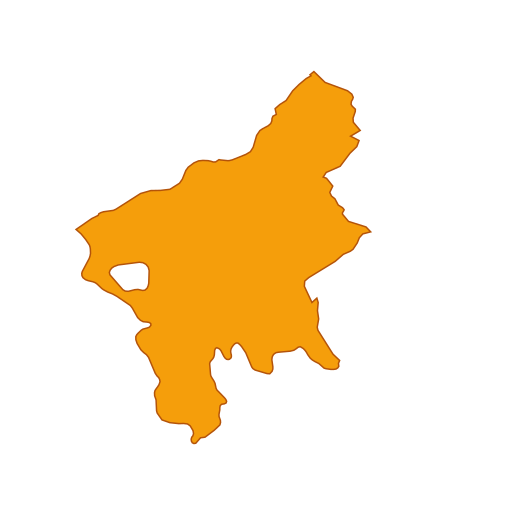 map outline of Drôme (Robinson projection), rotated 49°
{"feature_id": "FRA-5288", "entity_name": "Drôme", "entity_type": "Metropolitan department", "adm_level": 1, "iso_a3": "FRA", "parent_name": "France", "parent_adm1": "", "projection": "robinson", "projection_center": [5.26, 44.733], "detail": "fine", "context": "isolated", "style": "filled", "palette": "amber", "viewbox_px": 512, "rotation_deg": 49, "n_neighbors": 0, "source": "natural_earth", "source_scale": "10m", "svg_char_len": 3622}
<svg xmlns="http://www.w3.org/2000/svg" viewBox="0 0 512 512"><g transform="rotate(49 256 256)"><path d="M196.7,77.5L200.0,78.5L201.1,80.2L201.8,82.4L203.8,84.7L206.0,85.1L210.4,84.7L212.1,86.3L215.6,92.3L218.9,94.8L229.6,95.0L227.6,106.0L236.5,102.5L239.6,108.2L240.1,117.7L243.5,133.6L239.0,148.2L240.5,153.5L243.6,151.8L253.6,152.2L256.4,158.6L260.3,159.7L264.6,158.9L271.5,160.5L276.4,159.0L278.8,159.1L279.3,159.8L280.1,162.4L281.2,163.3L290.6,163.5L306.3,153.9L313.0,153.6L309.4,160.9L310.0,166.0L312.6,171.1L314.6,178.4L314.3,181.6L312.0,189.0L312.0,199.8L306.9,230.3L306.9,235.7L310.6,239.4L327.8,244.3L327.7,237.7L331.9,239.6L337.6,245.5L344.6,250.0L349.9,256.5L352.7,258.0L380.6,262.3L389.7,261.4L391.1,264.2L393.6,265.9L394.1,267.8L393.8,269.8L392.5,271.8L390.8,273.8L387.0,277.1L385.3,278.2L378.4,279.1L374.3,280.8L371.4,281.7L368.8,282.1L364.5,281.7L361.7,281.1L359.5,280.9L356.9,281.0L353.5,282.1L352.5,284.0L352.4,286.2L352.0,289.2L350.3,292.6L343.4,302.1L342.1,304.3L341.9,305.6L341.8,307.2L342.3,308.9L343.0,310.2L344.7,312.1L350.6,315.9L352.4,317.5L353.6,319.6L353.9,322.9L352.0,324.8L341.5,331.5L338.9,332.2L336.9,332.0L322.3,327.2L315.0,326.3L312.7,326.3L309.9,326.7L308.7,328.0L308.3,329.8L308.5,331.7L309.0,333.9L309.8,335.8L311.1,337.5L312.8,338.7L314.6,339.6L315.9,340.7L316.5,341.7L316.5,343.8L315.9,344.9L314.6,346.0L312.8,346.3L310.7,346.1L304.3,344.5L302.1,344.5L299.5,345.7L299.2,347.2L300.0,349.0L303.3,352.3L304.6,354.2L305.2,356.0L305.6,358.8L305.9,360.2L306.8,361.6L315.7,368.1L316.8,368.7L318.4,369.1L322.9,369.8L325.3,370.5L329.6,372.9L331.6,373.4L342.5,372.8L344.5,372.9L346.4,373.5L347.3,375.0L346.8,376.9L345.3,379.3L345.5,381.3L346.7,382.8L348.4,384.3L351.2,387.8L352.9,389.2L356.7,390.7L358.4,392.0L359.8,394.1L360.1,401.8L359.3,413.3L358.7,414.3L356.8,417.1L357.8,424.3L356.8,425.9L355.2,426.6L353.3,426.2L351.7,425.1L350.6,423.4L350.3,421.6L349.1,419.7L346.5,418.1L341.0,417.1L337.8,417.9L334.9,420.5L331.9,424.2L325.2,430.4L318.0,434.5L309.7,433.6L307.6,432.6L299.0,425.8L295.0,424.2L292.6,422.3L291.3,420.5L290.7,418.4L290.2,416.1L289.5,413.7L287.9,410.9L286.1,409.8L283.9,409.2L281.8,409.4L278.5,409.0L262.0,403.6L258.6,403.4L255.2,404.1L251.2,404.4L244.0,403.1L240.4,401.6L238.0,399.6L237.2,397.7L236.9,395.6L236.7,391.3L237.0,389.3L239.0,385.2L239.8,383.1L239.3,380.7L238.0,379.8L236.3,380.1L234.7,381.3L231.5,384.3L228.6,385.4L224.8,385.7L214.1,383.5L210.9,383.3L195.0,387.5L190.4,389.2L185.8,391.6L181.5,393.2L179.4,393.7L173.0,394.3L170.8,394.8L168.6,395.9L164.4,398.9L162.0,400.2L158.9,400.8L156.7,400.3L154.8,398.9L153.7,397.2L148.4,383.4L147.1,381.2L145.4,379.1L141.9,376.3L140.1,375.2L138.3,374.5L131.8,373.7L124.6,373.5L117.9,374.4L120.0,355.3L121.8,348.5L121.0,346.8L121.5,344.6L122.6,342.0L128.0,333.7L128.8,331.0L133.1,302.1L137.6,292.5L143.8,285.1L149.2,277.2L150.9,266.0L149.7,261.2L145.4,252.8L144.5,248.9L145.0,241.7L146.5,237.0L149.0,233.4L152.6,229.6L155.0,227.8L157.0,226.6L158.5,224.8L159.0,220.7L160.2,219.8L165.5,214.8L166.4,213.7L167.9,210.8L172.7,196.9L173.6,191.8L172.1,186.8L165.4,176.4L163.9,170.8L164.3,167.4L165.7,161.5L165.7,158.0L164.5,155.5L162.7,153.7L161.6,151.5L162.5,147.8L157.3,144.9L157.3,138.6L158.4,131.3L155.4,119.9L154.8,110.9L155.0,101.7L156.1,96.3L154.6,96.3L154.8,91.3L170.3,90.0L191.4,78.5L196.7,77.5ZM174.4,378.6L194.0,378.6L196.7,377.7L198.9,375.5L201.9,369.6L203.8,367.0L207.6,364.2L208.9,362.3L208.9,359.4L207.8,357.0L206.2,354.8L196.9,346.2L193.6,344.6L190.1,344.5L186.9,345.7L184.2,348.1L172.4,365.8L170.8,370.1L170.5,372.8L171.0,375.4L172.2,377.5L174.4,378.6Z" fill="#f59e0b" stroke="#b45309" stroke-width="1.5"/></g></svg>